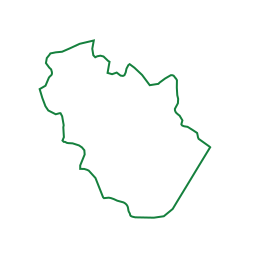 the border of Santa Bárbara, rotated 162°
{"feature_id": "HND-650", "entity_name": "Santa Bárbara", "entity_type": "Department", "adm_level": 1, "iso_a3": "HND", "parent_name": "Honduras", "parent_adm1": "", "projection": "robinson", "projection_center": [-88.343, 15.095], "detail": "fine", "context": "isolated", "style": "outline", "palette": "green", "viewbox_px": 256, "rotation_deg": 162, "n_neighbors": 0, "source": "natural_earth", "source_scale": "10m", "svg_char_len": 1595}
<svg xmlns="http://www.w3.org/2000/svg" viewBox="0 0 256 256"><g transform="rotate(162 128 128)"><path d="M55.8,84.3L72.0,70.4L88.1,56.5L104.4,42.5L110.5,37.2L121.2,33.0L131.1,34.7L148.7,40.8L151.4,42.4L152.6,43.6L152.8,44.4L152.7,46.2L153.1,48.2L153.1,49.3L152.7,51.8L152.6,53.3L152.8,54.6L153.2,55.8L154.0,57.2L155.2,58.6L160.7,62.2L163.5,64.8L166.0,66.7L167.9,67.7L172.5,68.7L173.1,69.8L174.4,90.5L178.5,99.6L179.9,100.9L182.3,102.6L186.1,103.9L185.0,107.2L177.4,116.2L176.4,120.3L177.8,123.8L180.0,126.6L185.4,130.5L189.5,132.1L190.8,132.8L192.1,134.2L193.4,134.7L194.2,136.3L191.8,139.1L189.3,148.7L188.3,150.5L187.0,159.5L187.6,162.9L188.4,163.2L192.5,163.4L198.4,169.3L199.8,174.2L200.2,183.0L200.0,192.3L193.4,193.7L187.7,200.3L186.7,201.0L184.5,202.0L183.6,203.0L183.1,204.6L183.0,207.5L184.2,209.7L186.0,215.1L183.6,219.6L180.2,221.8L178.8,222.9L173.4,222.3L167.1,220.9L158.9,221.7L148.0,223.0L133.5,221.8L137.5,214.4L138.5,207.9L137.3,205.4L135.0,205.7L131.9,205.3L129.2,203.6L126.2,198.0L125.1,196.7L130.4,186.7L126.5,184.1L121.6,184.2L119.2,180.6L118.8,180.1L116.7,179.1L115.1,179.3L113.0,181.6L111.1,184.9L108.2,187.7L106.7,188.2L103.3,183.4L98.2,174.1L94.1,162.0L85.4,160.6L84.0,161.4L77.4,163.6L70.9,165.0L69.7,164.6L68.5,163.7L68.0,162.5L67.6,161.2L67.1,160.2L66.7,158.3L69.1,151.3L71.0,144.0L71.3,140.2L72.9,136.1L77.5,131.7L77.9,130.2L77.8,128.7L77.4,127.4L75.9,124.9L75.1,123.8L73.9,118.4L76.1,115.1L76.0,114.4L75.6,113.5L74.1,112.3L71.0,110.7L67.2,106.2L63.8,101.9L64.1,99.0L64.3,97.6L64.2,95.9L56.3,85.2L55.8,84.3Z" fill="none" stroke="#15803d" stroke-width="2"/></g></svg>